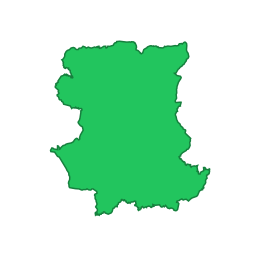 Moyahua de Estrada, Zacatecas, Mexico, rotated 343°
{"feature_id": "50627088B96990632863849", "entity_name": "Moyahua de Estrada", "entity_type": "district", "adm_level": 2, "iso_a3": "MEX", "parent_name": "Mexico", "parent_adm1": "Zacatecas", "projection": "orthographic", "projection_center": [-103.164, 21.196], "detail": "fine", "context": "isolated", "style": "filled", "palette": "green", "viewbox_px": 256, "rotation_deg": 343, "n_neighbors": 0, "source": "geoboundaries", "source_scale": "gbopen_adm2", "svg_char_len": 5776}
<svg xmlns="http://www.w3.org/2000/svg" viewBox="0 0 256 256"><g transform="rotate(343 128 128)"><path d="M192.9,191.7L191.1,190.6L189.9,190.3L190.4,189.2L189.9,188.2L188.7,187.9L188.0,190.9L184.4,191.6L183.4,193.1L182.3,192.7L182.0,192.4L182.4,190.9L182.0,190.4L182.5,190.0L182.2,189.5L181.5,189.4L182.3,188.1L182.6,185.4L183.6,184.2L180.9,184.2L180.3,183.6L179.0,183.5L177.5,183.5L176.9,183.9L176.4,182.4L176.9,182.1L177.1,181.5L176.7,181.1L175.8,181.1L175.4,180.6L173.9,179.8L173.0,180.7L172.6,180.4L172.1,179.8L172.4,177.6L172.1,176.9L171.2,176.8L171.2,176.2L170.4,175.7L170.2,174.5L169.3,173.5L169.6,173.1L169.0,172.9L169.0,172.2L168.5,172.2L168.4,170.4L170.3,170.0L170.2,169.2L172.9,167.6L177.2,166.5L177.8,165.7L179.3,165.8L180.8,164.7L182.3,162.8L182.8,159.8L183.9,158.6L184.1,157.3L184.9,156.3L181.3,149.8L181.3,149.0L182.3,147.6L182.4,146.7L180.5,145.1L180.5,143.6L179.0,141.4L178.8,139.1L177.5,137.3L177.0,134.2L177.3,131.5L177.1,129.5L177.6,128.1L178.5,127.6L179.1,126.5L180.2,126.6L180.4,124.1L181.2,123.9L181.6,123.1L182.9,122.1L184.5,122.3L184.6,121.7L186.2,119.2L186.3,118.9L185.1,118.5L181.4,117.7L180.9,116.8L181.2,115.6L183.2,113.7L183.8,110.1L184.8,108.8L185.8,104.9L186.4,104.3L186.9,102.8L189.8,98.8L193.0,96.1L193.6,95.2L193.3,93.9L190.2,92.2L188.5,89.3L189.9,89.5L193.1,86.5L194.6,86.0L194.9,85.5L196.2,84.9L197.5,84.7L199.0,83.6L200.1,83.5L201.5,82.1L203.4,80.8L203.9,79.5L205.8,78.9L207.0,77.6L207.3,74.0L206.7,72.2L206.7,70.5L208.3,66.4L208.7,64.4L208.1,63.0L207.6,62.5L206.8,62.5L204.4,63.5L204.0,62.9L201.8,62.5L201.0,62.9L200.7,63.7L199.8,63.8L198.2,63.6L197.3,63.0L192.9,62.5L190.1,61.3L187.7,61.2L186.9,60.6L185.7,61.5L184.6,61.6L180.6,60.0L180.5,59.1L179.6,59.1L179.3,58.2L178.7,57.8L176.3,57.4L176.3,57.0L175.0,56.8L174.2,56.1L172.8,55.9L170.2,56.2L169.7,56.7L166.7,57.4L165.9,57.8L164.0,60.5L162.4,60.9L161.6,60.1L161.8,59.8L160.4,57.1L158.6,55.6L158.9,54.4L159.7,53.4L160.0,51.8L159.7,49.1L159.5,48.6L159.1,48.7L158.7,47.4L156.5,46.5L155.7,46.8L155.0,46.2L151.9,45.5L145.4,42.6L142.5,42.0L141.9,42.9L140.6,42.7L139.3,43.3L138.1,44.6L134.4,44.6L132.6,43.9L131.8,44.9L130.6,45.1L130.2,44.8L130.6,43.3L128.8,42.8L125.4,43.7L124.1,43.5L124.5,42.7L122.8,42.2L123.6,41.6L124.1,41.7L124.1,41.3L122.0,41.2L120.8,41.6L119.7,40.8L116.5,40.9L115.1,40.2L113.7,39.0L111.4,39.4L110.7,38.1L108.9,36.7L106.8,37.9L104.6,37.4L103.2,38.4L101.5,37.8L100.7,36.8L100.5,35.9L99.2,35.0L96.9,34.9L94.9,36.0L92.7,36.1L91.2,36.8L89.2,38.8L88.5,40.8L87.7,41.8L85.7,43.3L84.7,43.4L85.1,44.4L85.4,46.5L85.0,46.8L84.7,48.7L84.3,49.3L84.8,50.5L84.4,51.4L85.2,52.0L85.2,52.5L85.6,52.7L86.1,52.2L86.8,52.2L87.4,52.9L88.7,53.4L88.2,54.5L89.5,56.0L89.1,57.7L89.5,59.6L89.1,61.4L90.0,62.1L89.9,63.7L89.4,63.8L88.1,63.1L88.5,62.4L87.5,61.1L86.2,60.9L86.2,60.1L85.0,59.9L85.5,59.3L85.0,58.6L84.5,58.5L84.1,59.1L83.6,59.1L83.2,58.2L82.7,58.7L82.3,58.4L81.4,58.9L79.3,58.9L74.8,62.6L74.7,63.8L73.6,63.8L73.0,64.8L72.1,64.5L71.7,64.9L71.9,66.2L70.7,66.7L70.4,67.9L72.6,71.6L71.8,73.0L72.2,74.5L71.5,75.1L70.0,75.5L69.7,76.5L70.5,77.6L70.7,78.8L70.6,80.5L70.9,81.0L72.4,81.8L72.4,83.2L73.4,84.3L73.4,86.4L79.2,90.0L79.9,92.8L80.3,92.5L81.2,92.6L82.5,92.9L83.1,93.4L83.7,93.0L83.7,93.4L84.5,93.3L84.8,94.1L85.6,94.4L86.4,94.1L86.6,94.6L86.3,95.2L86.6,95.5L88.9,95.6L89.3,96.0L89.3,97.3L87.7,97.9L87.8,98.6L85.0,104.5L83.8,106.3L82.1,107.7L81.9,108.4L82.5,110.3L83.2,111.9L84.7,113.4L84.5,117.0L80.6,120.6L78.9,123.0L78.7,124.3L77.9,124.9L77.3,124.9L76.5,123.3L75.6,122.8L73.8,123.5L71.6,125.2L69.4,125.7L65.5,125.3L63.8,125.4L62.7,125.9L60.8,125.8L58.1,127.1L57.1,128.1L56.2,128.3L56.6,127.2L56.2,125.0L55.4,124.5L54.2,128.0L51.2,126.5L50.4,125.7L50.4,125.4L49.4,124.8L47.4,126.7L47.3,128.0L50.8,129.6L52.3,134.5L53.7,135.7L54.0,136.6L57.1,148.9L57.2,150.3L58.2,153.6L57.7,155.8L58.0,156.4L57.9,158.0L57.1,160.3L55.4,162.3L54.9,163.5L55.0,164.6L54.5,167.0L54.8,168.0L59.9,170.6L63.5,172.0L65.3,173.6L66.4,174.0L67.1,173.8L69.7,174.6L71.0,174.2L72.3,175.6L73.8,176.3L74.5,176.4L75.5,175.8L76.7,176.0L79.5,179.5L79.4,181.1L79.1,181.4L76.9,181.7L76.4,182.4L76.6,183.5L75.9,186.1L76.4,187.6L76.1,188.8L76.2,191.8L74.0,194.0L74.9,196.5L74.8,197.5L73.8,199.0L72.2,199.3L71.8,199.8L71.5,201.7L73.3,200.7L72.9,202.1L73.5,202.2L73.9,201.6L74.2,201.7L74.2,202.3L75.0,203.1L75.9,202.2L77.1,202.6L77.7,201.8L79.1,202.2L79.7,201.3L80.4,201.1L81.2,201.7L81.2,202.5L83.9,204.6L87.0,204.3L88.3,203.4L90.2,200.5L91.4,200.5L93.0,199.3L94.7,200.1L95.2,198.5L96.5,197.9L97.1,196.7L99.1,196.5L100.6,195.3L100.7,194.6L101.3,194.5L102.4,196.2L102.8,196.1L103.3,195.5L103.7,195.6L103.8,196.8L104.9,197.5L104.5,198.1L105.8,199.9L106.4,199.9L106.8,199.3L107.2,199.4L108.0,200.6L109.5,199.6L111.1,200.2L112.9,199.8L113.9,200.4L113.4,201.8L113.7,202.7L113.4,203.2L111.9,203.6L111.9,204.2L113.5,205.2L114.0,206.7L114.8,207.4L113.7,208.5L113.9,209.8L114.7,209.5L115.3,209.8L115.8,209.2L116.9,209.0L117.5,207.7L118.9,207.3L119.3,208.6L119.7,209.0L122.0,208.6L122.4,209.2L122.5,208.9L124.9,208.7L126.1,209.4L126.8,210.7L127.4,210.8L127.9,210.2L129.7,210.4L129.2,209.3L129.4,208.4L131.3,209.8L135.7,210.7L136.3,212.7L137.2,213.5L138.2,213.5L139.0,212.9L139.8,214.0L141.3,213.0L142.5,216.1L144.2,217.3L145.7,217.0L147.4,218.2L148.0,219.3L147.9,220.1L149.3,221.0L150.4,221.1L151.6,220.4L154.5,215.2L154.0,213.9L152.8,213.3L153.4,212.3L156.0,212.3L156.4,211.9L158.8,211.6L159.7,213.0L161.4,212.9L162.9,213.2L164.5,215.5L167.0,214.2L169.0,213.6L173.7,213.4L174.9,212.7L178.0,209.0L179.6,208.9L180.8,208.0L181.3,208.7L181.9,207.8L183.0,207.4L182.5,206.5L183.1,206.1L183.6,205.1L185.1,204.2L186.3,203.0L186.8,200.9L187.9,199.6L188.9,199.2L189.1,196.7L190.0,195.9L190.5,196.2L192.1,195.0L192.3,195.2L193.4,193.1L193.6,191.4L194.0,191.2L193.7,190.8L192.9,191.7Z" fill="#22c55e" stroke="#15803d" stroke-width="1.5"/></g></svg>